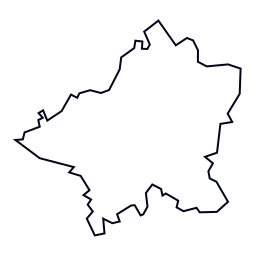 Ilinden, Ilinden, North Macedonia (Mercator projection)
{"feature_id": "65306769B96120860372222", "entity_name": "Ilinden", "entity_type": "district", "adm_level": 2, "iso_a3": "MKD", "parent_name": "North Macedonia", "parent_adm1": "Ilinden", "projection": "mercator", "projection_center": [21.621, 41.998], "detail": "fine", "context": "isolated", "style": "outline", "palette": "ink", "viewbox_px": 256, "rotation_deg": 0, "n_neighbors": 0, "source": "geoboundaries", "source_scale": "gbopen_adm2", "svg_char_len": 1012}
<svg xmlns="http://www.w3.org/2000/svg" viewBox="0 0 256 256"><path d="M158.4,20.6L144.2,31.6L149.8,44.5L147.3,49.0L141.9,48.7L142.4,41.5L135.4,40.7L134.2,48.1L121.2,57.4L119.7,69.4L109.1,90.0L101.0,93.0L90.1,90.2L79.4,93.3L77.2,97.8L71.0,94.6L61.6,111.1L47.3,120.6L43.1,110.3L38.6,113.1L42.8,117.8L38.3,120.0L39.7,126.7L24.6,132.4L22.8,139.4L15.4,140.0L39.7,158.2L73.8,167.1L69.2,172.4L80.7,175.9L89.5,190.2L83.5,195.1L91.1,199.5L87.7,204.6L92.8,211.5L86.8,218.6L94.8,235.4L104.5,233.4L103.2,218.7L112.4,223.2L119.7,221.5L117.1,214.2L131.1,205.5L134.7,205.2L140.6,215.4L143.3,214.3L147.5,206.6L145.9,193.0L152.3,184.5L161.1,189.0L162.5,195.6L165.8,193.5L178.2,200.7L176.6,207.4L183.5,211.2L196.5,207.8L199.7,212.3L216.8,211.9L228.0,201.8L216.4,181.7L209.7,178.4L208.4,171.2L212.9,163.3L205.0,156.8L217.0,152.7L220.4,123.9L232.2,122.0L227.7,113.6L239.7,93.8L240.6,68.6L228.1,64.4L206.8,66.4L197.9,61.8L198.0,50.3L193.1,40.4L186.9,38.0L175.8,45.3L158.4,20.6Z" fill="none" stroke="#020617" stroke-width="2"/></svg>